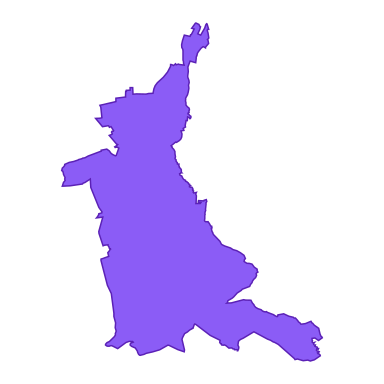 Ciurea, Iasi, Romania
{"feature_id": "2599482B52104755516417", "entity_name": "Ciurea", "entity_type": "district", "adm_level": 2, "iso_a3": "ROU", "parent_name": "Romania", "parent_adm1": "Iasi", "projection": "robinson", "projection_center": [27.591, 47.068], "detail": "fine", "context": "isolated", "style": "filled", "palette": "violet", "viewbox_px": 384, "rotation_deg": 0, "n_neighbors": 0, "source": "geoboundaries", "source_scale": "gbopen_adm2", "svg_char_len": 5997}
<svg xmlns="http://www.w3.org/2000/svg" viewBox="0 0 384 384"><path d="M184.2,351.8L184.5,350.0L182.0,339.4L182.5,337.7L184.6,333.6L187.4,332.0L189.7,330.0L192.5,328.5L192.3,328.4L193.1,327.9L194.3,324.5L194.8,324.0L195.9,324.5L210.2,335.4L220.1,340.3L219.7,342.3L220.4,343.5L221.3,343.8L221.3,344.4L221.7,345.0L223.5,345.2L224.3,344.9L225.9,345.6L228.9,348.1L231.8,347.9L232.7,348.8L234.1,348.9L234.4,349.7L237.2,349.7L237.7,350.1L237.5,350.8L237.8,350.8L238.6,348.9L238.8,347.6L238.7,346.7L237.9,345.2L238.5,341.2L240.4,339.5L243.2,338.2L253.9,331.8L267.5,339.1L270.6,340.3L273.3,342.0L274.3,342.2L278.3,344.4L294.3,358.5L295.0,359.6L297.4,359.0L303.2,360.7L307.8,360.1L310.3,361.0L314.4,359.8L320.3,355.8L320.0,354.8L318.8,353.8L318.0,353.7L317.5,352.9L318.9,352.2L319.2,351.7L317.1,351.0L316.4,350.2L316.8,348.8L317.5,348.9L318.1,349.4L318.5,348.6L317.6,348.6L317.3,347.2L315.0,346.4L315.4,345.0L314.5,345.1L313.7,344.5L313.8,343.2L314.5,342.4L312.9,342.8L312.3,342.4L312.2,341.2L312.5,340.6L312.1,340.0L312.0,338.4L314.9,338.0L318.5,340.5L322.3,337.8L321.8,336.8L320.9,336.1L320.0,333.9L318.7,328.3L314.3,325.2L312.6,323.2L312.0,323.0L311.0,321.3L305.4,323.6L301.0,324.2L300.0,322.9L298.4,321.8L297.9,320.8L295.4,318.0L294.5,318.1L293.9,317.9L293.4,317.3L288.8,316.2L283.7,313.8L277.9,314.9L277.7,316.1L277.5,316.5L276.9,316.6L274.2,315.3L274.2,315.1L273.6,314.7L267.5,312.4L266.4,311.6L265.8,311.9L263.9,311.7L263.7,311.4L262.6,311.1L261.1,309.7L258.0,308.7L255.6,307.3L254.2,305.6L254.0,304.8L252.4,303.0L250.9,300.2L245.6,300.1L243.6,299.7L231.3,302.9L226.9,303.1L227.6,302.5L227.7,301.2L228.0,300.6L231.9,298.4L233.6,297.0L237.2,293.0L241.1,290.5L242.3,289.2L249.7,286.4L250.5,284.5L252.0,282.7L252.5,281.1L253.7,279.4L255.6,277.6L256.6,275.3L256.1,273.7L256.6,272.9L257.9,272.1L257.1,270.5L257.2,269.2L254.3,267.2L252.0,264.1L249.4,263.4L246.9,263.3L244.1,261.5L244.4,259.7L245.4,258.6L244.0,255.3L240.4,252.7L236.8,250.7L233.0,249.6L230.6,248.0L224.7,246.0L221.9,244.6L221.2,243.9L220.0,241.4L213.6,234.7L212.9,233.5L212.7,232.4L212.1,231.7L211.3,228.4L211.3,228.1L212.0,227.9L211.7,226.2L210.7,226.0L209.2,223.2L208.2,222.2L208.1,221.7L205.6,221.7L204.7,221.1L204.5,220.5L204.8,218.5L204.8,215.6L205.1,214.3L204.9,213.9L205.1,212.0L205.7,210.4L205.5,209.4L206.1,203.8L205.9,202.9L206.8,201.5L206.3,199.6L204.0,200.3L203.8,200.9L198.5,200.6L198.3,201.2L198.4,202.4L200.9,202.6L200.5,203.2L200.2,203.5L195.9,203.5L196.1,202.4L196.4,195.8L195.7,194.0L196.4,192.4L193.8,193.0L193.2,192.3L193.6,191.0L192.7,190.4L193.0,189.4L192.6,189.3L192.7,188.4L192.1,187.4L191.7,187.1L190.7,187.3L189.5,186.8L189.5,186.3L190.4,185.5L189.6,185.3L189.6,184.3L188.7,184.0L188.2,182.8L187.5,182.5L186.9,181.7L185.6,181.3L185.5,180.3L183.8,179.5L182.9,178.4L181.7,175.9L180.4,175.4L179.8,174.9L179.6,173.7L180.5,173.4L180.8,172.8L181.8,172.8L181.4,172.4L181.3,169.8L180.7,168.7L179.3,167.3L179.3,166.4L178.8,165.7L179.0,164.1L177.4,164.0L177.3,162.6L176.2,161.5L176.0,159.6L175.3,159.1L175.0,158.2L175.5,156.9L175.0,154.0L174.9,151.4L173.8,149.4L172.1,147.6L172.0,147.4L172.2,147.0L171.1,145.8L175.6,142.1L176.5,142.4L179.3,140.6L180.8,139.1L181.7,137.1L182.0,134.0L181.0,130.9L183.9,130.4L183.2,128.4L185.5,127.0L185.2,125.4L186.1,120.5L187.3,120.6L187.6,116.9L189.4,117.8L189.9,118.7L190.4,118.5L190.9,117.4L191.0,116.9L190.7,116.1L190.0,115.8L188.7,114.2L188.0,113.9L188.1,113.0L189.1,112.5L188.9,110.9L189.4,110.0L189.4,109.2L188.9,107.9L187.5,106.9L186.0,105.1L185.9,102.4L185.5,101.1L185.7,99.1L185.6,98.2L187.5,94.8L188.2,92.2L188.9,88.2L188.5,85.1L189.2,82.6L188.9,80.3L187.8,77.3L187.7,76.1L188.3,71.5L187.9,67.0L190.1,61.1L195.7,62.7L196.2,58.6L196.2,57.3L196.7,55.7L196.9,55.7L197.4,53.3L198.3,51.8L201.0,48.3L203.0,46.7L203.4,46.7L205.5,47.9L205.6,47.0L208.6,43.5L207.9,39.8L207.5,39.6L208.8,38.0L208.0,32.8L207.2,30.4L207.5,29.5L208.7,29.4L207.1,24.0L206.6,23.7L205.8,24.8L204.7,28.1L200.7,35.1L197.8,33.8L199.6,29.9L200.5,26.8L199.9,26.5L198.9,24.4L195.9,23.0L195.3,23.3L191.7,28.3L194.2,29.0L191.3,34.6L190.6,34.7L190.0,36.4L184.3,35.1L182.5,40.6L181.6,44.8L181.8,47.5L182.8,49.3L183.0,51.0L183.0,60.1L183.5,61.7L183.5,63.2L184.1,65.1L178.8,64.4L178.5,64.1L176.1,64.8L175.5,63.8L173.5,65.5L171.7,64.6L170.6,64.5L170.5,66.4L167.6,72.0L163.4,77.2L157.4,82.7L155.2,85.6L153.9,88.8L153.0,93.3L148.6,93.5L146.1,94.1L136.6,93.9L133.0,94.2L132.7,87.6L130.1,87.6L130.1,90.2L126.4,90.3L126.4,91.3L125.7,91.3L125.5,95.9L125.6,97.0L115.9,98.2L115.9,101.6L99.9,105.3L100.8,107.2L101.9,117.7L100.2,118.2L95.6,118.4L102.5,126.7L108.3,125.7L108.7,125.9L109.4,127.3L111.0,126.6L113.6,130.7L113.3,131.2L111.9,131.4L111.5,132.1L112.3,133.9L111.8,134.4L109.2,135.4L116.5,144.0L117.6,144.5L116.7,145.3L116.8,145.6L114.7,146.8L115.2,147.5L117.0,147.1L118.8,148.1L116.2,155.5L115.3,155.8L112.7,154.5L111.0,153.3L109.3,150.9L106.8,149.1L101.2,150.2L101.3,151.1L88.2,156.0L84.9,157.8L82.5,158.2L81.9,158.7L78.5,159.6L78.1,160.0L73.6,161.5L69.2,162.4L64.7,164.4L64.7,165.4L63.6,166.9L62.3,168.1L61.7,170.6L62.8,171.3L63.4,173.4L63.5,174.4L65.1,177.7L64.7,179.0L65.1,180.5L63.5,182.4L62.3,186.2L70.2,185.8L82.5,184.0L83.2,183.1L84.8,182.6L90.3,179.0L90.8,187.5L98.9,207.5L101.9,211.7L101.8,212.9L98.9,213.7L99.0,214.0L97.7,216.4L96.5,217.9L102.8,217.1L98.8,231.5L99.0,233.5L103.1,245.8L104.6,245.2L107.9,244.8L107.8,245.2L109.0,247.1L109.3,248.2L109.7,248.8L110.4,248.7L110.5,249.1L110.1,249.2L109.5,250.6L107.8,252.7L108.7,256.4L101.0,259.1L101.0,260.5L107.4,285.3L111.3,293.5L113.9,313.2L113.9,316.5L115.6,322.9L115.2,327.7L116.2,331.1L115.3,333.6L115.4,335.0L114.3,336.7L109.4,341.5L107.0,342.6L105.6,344.2L105.5,345.0L106.6,345.9L107.7,346.2L109.3,346.2L110.5,345.7L111.9,345.7L117.7,348.6L126.0,342.5L129.1,341.4L132.6,341.5L133.2,342.2L131.0,343.0L130.2,344.0L130.1,345.0L131.5,346.3L135.3,348.0L137.3,351.0L137.7,352.5L138.6,354.3L139.6,355.2L140.2,355.3L143.9,354.4L146.3,353.3L152.6,351.9L159.7,349.8L167.8,345.2L168.9,345.3L177.8,349.6L184.2,351.8Z" fill="#8b5cf6" stroke="#5b21b6" stroke-width="1.5"/></svg>